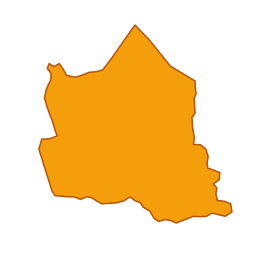 Dom Macedo Costa, Bahia, Brazil (Mercator projection), rotated 352°
{"feature_id": "56859067B72952636719234", "entity_name": "Dom Macedo Costa", "entity_type": "district", "adm_level": 2, "iso_a3": "BRA", "parent_name": "Brazil", "parent_adm1": "Bahia", "projection": "mercator", "projection_center": [-39.172, -12.907], "detail": "fine", "context": "isolated", "style": "filled", "palette": "amber", "viewbox_px": 256, "rotation_deg": 352, "n_neighbors": 0, "source": "geoboundaries", "source_scale": "gbopen_adm2", "svg_char_len": 1122}
<svg xmlns="http://www.w3.org/2000/svg" viewBox="0 0 256 256"><g transform="rotate(352 128 128)"><path d="M46.2,184.8L56.3,187.2L65.4,188.9L71.1,192.1L77.3,190.4L82.1,191.8L87.1,196.1L91.5,199.4L98.2,199.9L105.8,200.5L113.5,199.6L120.6,196.5L124.8,201.0L129.7,203.7L132.1,208.6L138.0,213.4L141.4,221.3L145.4,224.8L151.4,223.8L157.5,225.6L162.5,228.8L180.2,224.6L187.5,225.9L193.1,226.4L199.6,224.0L206.1,226.7L212.1,228.9L219.2,225.6L219.2,217.5L213.9,214.3L206.5,212.1L205.8,205.8L207.6,199.6L204.7,195.3L211.2,191.8L212.7,185.0L207.0,181.6L201.3,178.8L201.5,173.2L203.4,167.3L202.1,159.6L197.4,154.7L190.5,153.3L192.3,146.9L192.3,142.0L192.0,136.1L192.8,126.4L196.5,122.8L197.0,115.3L197.6,107.9L200.2,103.6L200.2,97.9L200.9,90.8L178.5,72.5L161.7,44.4L149.3,27.1L145.2,31.2L121.6,56.5L111.2,66.8L104.5,67.9L97.4,67.4L90.5,69.2L82.9,70.4L74.4,67.3L72.0,60.6L68.9,54.7L63.2,56.8L58.9,53.3L56.3,57.6L59.4,63.3L58.3,69.5L55.3,73.7L52.1,79.2L49.4,86.8L50.9,96.1L52.3,103.4L53.9,109.5L55.3,119.3L56.7,126.0L49.1,127.7L41.0,127.1L36.8,136.6L43.9,179.4L46.2,184.8Z" fill="#f59e0b" stroke="#b45309" stroke-width="1.5"/></g></svg>